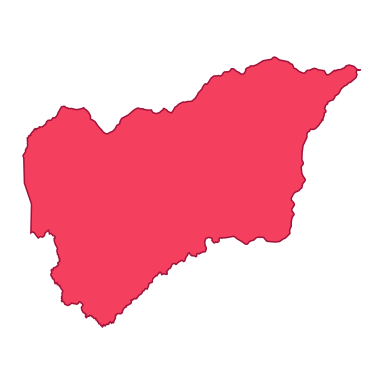 the district of Lalaua, Nampula, Mozambique
{"feature_id": "85939544B71599092008043", "entity_name": "Lalaua", "entity_type": "district", "adm_level": 2, "iso_a3": "MOZ", "parent_name": "Mozambique", "parent_adm1": "Nampula", "projection": "natural_earth1", "projection_center": [37.97, -14.47], "detail": "fine", "context": "isolated", "style": "filled", "palette": "rose", "viewbox_px": 384, "rotation_deg": 0, "n_neighbors": 0, "source": "geoboundaries", "source_scale": "gbopen_adm2", "svg_char_len": 5851}
<svg xmlns="http://www.w3.org/2000/svg" viewBox="0 0 384 384"><path d="M263.2,60.7L256.4,64.9L253.0,66.0L250.6,65.9L249.4,67.1L247.2,67.9L245.7,69.2L245.6,70.8L244.9,72.3L243.4,74.1L240.9,74.1L239.3,72.6L236.4,71.2L233.7,68.9L232.0,68.7L231.4,68.8L229.9,71.0L228.6,71.8L224.7,71.9L223.5,72.6L222.3,74.8L220.8,75.9L219.6,76.0L218.5,75.5L217.2,76.0L214.9,75.9L213.5,76.2L211.1,78.1L207.3,84.1L206.6,84.3L206.0,83.8L205.2,83.9L204.4,84.5L202.5,87.4L202.0,88.9L198.0,93.3L198.0,94.0L195.2,98.3L192.5,100.7L191.0,101.4L188.1,101.4L184.9,102.2L183.2,102.0L179.3,103.8L176.2,106.6L175.0,107.2L173.1,110.7L171.4,112.9L168.1,111.6L166.7,110.0L163.9,108.4L163.5,108.5L162.8,110.1L161.8,110.5L159.6,112.5L156.5,113.6L153.3,112.8L152.1,111.6L151.5,110.0L147.8,110.1L144.3,109.5L142.8,108.7L141.7,109.0L138.2,108.1L136.7,108.4L133.5,110.4L128.4,114.9L121.6,118.5L120.0,121.6L119.8,123.6L116.8,125.5L114.9,129.1L112.3,131.6L109.8,132.4L108.2,133.6L106.0,133.8L103.1,132.0L102.2,130.6L98.1,126.2L95.4,122.1L93.9,120.8L90.5,119.0L90.5,116.1L89.3,113.5L88.0,111.7L86.0,109.7L84.5,108.9L83.7,107.7L80.8,108.9L76.4,109.7L71.6,108.5L68.6,108.6L67.7,107.9L65.9,107.6L64.8,106.4L63.9,106.3L61.9,106.7L61.2,107.3L57.7,113.5L57.5,114.8L55.4,117.6L52.9,117.8L51.6,119.7L50.7,120.3L48.1,120.3L46.6,121.7L45.7,124.1L42.4,126.8L41.4,127.1L39.4,126.8L38.6,128.2L37.2,128.5L36.4,129.4L36.2,128.8L35.2,128.6L34.9,129.3L34.3,129.3L33.9,129.8L33.9,130.8L33.1,131.1L30.8,134.0L30.4,134.6L30.6,135.1L30.2,135.1L30.1,135.6L28.6,136.0L28.4,137.5L27.2,138.1L27.6,139.6L27.3,140.6L27.7,141.4L27.4,143.0L27.7,145.3L27.0,147.8L26.2,148.3L26.2,148.8L25.4,150.3L25.7,150.8L25.4,152.0L23.5,154.7L23.0,155.8L23.8,158.2L24.4,183.1L31.5,203.9L30.9,232.9L32.2,231.9L34.1,232.6L38.2,238.0L40.1,236.6L42.6,237.1L43.8,236.3L44.5,235.2L45.1,233.0L48.3,230.2L49.1,231.8L49.4,233.9L50.4,233.6L51.4,233.9L52.4,234.7L52.8,235.6L54.2,235.8L54.8,236.3L55.3,237.9L54.6,237.9L54.1,238.6L54.3,241.0L55.7,245.2L56.5,246.2L57.5,248.4L56.9,250.3L57.1,252.3L57.5,252.9L57.5,254.4L58.4,255.1L58.7,257.4L59.2,258.3L59.8,258.5L59.2,259.9L59.7,260.5L59.8,261.4L57.9,262.6L57.8,263.7L58.5,264.3L58.1,265.5L56.4,266.3L55.7,267.6L54.8,267.4L53.6,267.9L52.9,269.3L53.0,269.8L52.0,269.4L51.4,269.8L51.2,270.5L51.6,271.3L51.7,272.9L50.9,274.1L51.2,274.7L51.0,275.4L51.4,276.3L52.1,276.8L52.4,278.6L54.0,279.3L55.0,283.5L55.4,283.6L57.0,282.8L57.3,284.7L58.6,284.6L59.5,286.2L60.1,286.0L60.4,287.4L62.9,291.3L62.0,293.0L62.2,296.1L61.5,296.8L61.9,297.9L61.5,298.6L62.3,299.4L61.5,300.6L61.7,301.5L62.9,301.4L64.1,302.4L64.7,304.1L67.6,305.5L69.6,304.8L71.5,303.2L77.0,304.2L78.4,303.2L79.3,301.7L79.7,301.7L82.9,304.4L82.8,305.6L81.4,307.2L81.7,309.7L83.3,312.6L85.3,313.6L86.0,314.4L85.5,315.0L85.5,316.8L86.0,317.2L85.6,317.2L86.4,317.6L86.5,316.9L87.3,316.2L89.2,316.2L89.3,315.6L89.9,315.3L91.5,315.9L91.7,316.5L92.5,316.4L93.1,317.5L94.1,318.5L95.6,318.2L96.0,319.9L97.1,320.3L97.4,321.6L98.3,322.0L98.8,323.7L100.2,324.0L100.6,325.2L101.7,325.9L102.3,326.9L102.9,326.4L102.9,325.5L103.5,325.4L103.6,324.9L104.8,325.7L104.8,325.4L105.7,325.2L106.6,324.2L107.6,324.5L108.8,324.0L108.9,323.7L108.6,323.5L110.0,321.9L110.4,322.5L111.1,322.5L111.5,323.1L112.2,322.3L112.4,322.8L113.6,322.7L113.6,321.9L115.4,318.2L115.3,316.1L115.9,315.7L116.1,314.7L117.9,313.5L120.6,313.8L122.3,312.6L122.5,311.0L123.4,309.2L124.5,307.7L126.5,306.7L126.3,305.6L128.0,305.1L131.0,303.3L131.4,301.9L131.0,300.2L132.3,300.2L134.5,298.5L135.3,298.9L136.6,298.6L138.8,295.4L141.0,294.1L142.2,292.7L142.5,291.3L143.8,290.9L145.2,288.7L147.2,289.0L148.5,285.8L148.9,283.7L152.3,282.1L152.3,280.4L153.0,278.5L155.9,275.7L157.0,275.7L157.7,274.4L158.7,273.2L159.4,272.9L159.7,272.2L160.7,272.3L161.7,274.6L164.3,273.7L166.1,274.4L167.0,274.3L167.2,272.9L166.6,271.7L169.0,268.7L169.9,268.5L170.7,267.6L172.2,264.0L174.8,263.4L175.8,264.4L176.3,264.3L177.8,262.7L181.2,260.5L182.5,260.7L183.7,261.5L184.6,261.1L186.1,257.0L187.7,254.9L187.7,254.1L188.3,253.1L189.2,253.0L191.3,255.6L194.6,256.0L196.0,256.7L196.6,256.2L196.8,253.9L197.4,253.6L199.0,253.9L202.4,252.1L205.3,251.7L206.3,249.0L206.2,247.6L205.1,245.4L204.7,242.0L205.6,239.0L206.2,238.4L208.6,237.4L211.6,238.0L212.1,238.9L211.9,240.4L213.7,242.7L214.5,242.9L215.7,242.1L217.2,242.4L218.8,241.6L219.2,240.6L219.0,239.0L220.2,237.7L222.2,238.2L223.2,237.7L225.4,237.8L234.0,236.3L237.4,239.0L242.5,241.9L244.9,243.9L246.7,244.3L247.4,244.0L249.8,241.3L254.1,239.9L256.0,237.9L257.9,237.2L263.6,237.4L266.4,240.9L267.4,241.4L275.4,242.0L279.6,241.5L283.1,239.0L285.3,238.1L289.9,233.5L289.6,230.1L291.3,226.0L291.2,223.0L291.7,219.0L292.5,216.7L294.0,214.8L293.8,213.4L292.0,211.1L291.8,209.1L294.3,205.2L294.3,204.0L293.6,202.6L291.4,200.1L291.3,198.1L293.4,194.1L294.7,192.5L298.8,190.7L300.8,188.5L301.8,187.9L302.7,183.6L304.7,181.3L305.3,179.8L305.0,178.9L303.1,176.2L301.8,173.3L301.2,166.7L303.3,163.9L303.0,162.0L302.1,160.3L301.9,159.0L302.0,153.9L303.0,145.6L306.9,137.5L306.9,133.8L307.9,132.0L309.3,131.4L310.4,129.3L313.5,129.4L315.5,128.6L318.9,125.1L319.6,123.8L321.6,121.5L321.7,120.1L322.9,120.1L323.0,118.5L324.1,115.6L324.2,113.3L325.9,111.9L325.7,110.2L324.9,109.3L324.6,107.8L325.2,107.3L325.5,105.4L327.7,103.8L327.6,102.4L330.4,100.7L333.1,99.9L334.6,97.7L335.0,96.2L338.7,93.6L341.2,88.8L343.6,86.6L347.2,84.5L348.6,82.9L350.5,82.3L355.9,77.7L357.0,74.7L356.2,72.3L356.6,70.7L357.3,70.2L359.2,70.3L361.0,69.7L358.9,69.9L357.3,69.6L353.8,66.3L349.2,65.0L346.2,65.8L344.2,68.1L342.8,68.3L341.4,69.4L337.3,69.8L335.6,70.9L335.0,70.3L334.0,70.6L329.6,74.2L328.4,74.7L326.5,74.6L324.1,70.6L318.8,69.9L314.6,68.3L312.8,68.7L310.0,70.1L307.0,70.4L304.6,73.1L303.5,73.2L299.3,71.6L295.8,68.7L293.8,68.2L292.8,65.2L292.1,64.2L290.8,63.9L288.0,61.7L279.3,59.9L276.2,57.7L274.7,57.1L273.4,57.3L271.4,59.3L263.2,60.7Z" fill="#f43f5e" stroke="#9f1239" stroke-width="1.5"/></svg>